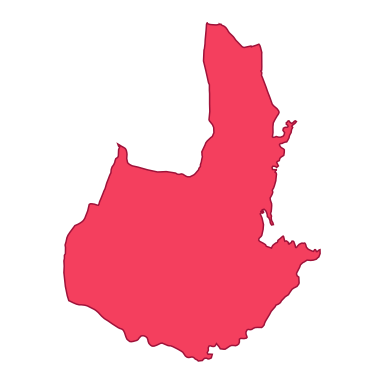 Vera Cruz, Dili, East Timor (Robinson projection)
{"feature_id": "22284137B41604792993839", "entity_name": "Vera Cruz", "entity_type": "district", "adm_level": 2, "iso_a3": "TLS", "parent_name": "East Timor", "parent_adm1": "Dili", "projection": "robinson", "projection_center": [125.57, -8.588], "detail": "fine", "context": "isolated", "style": "filled", "palette": "rose", "viewbox_px": 384, "rotation_deg": 0, "n_neighbors": 0, "source": "geoboundaries", "source_scale": "gbopen_adm2", "svg_char_len": 6025}
<svg xmlns="http://www.w3.org/2000/svg" viewBox="0 0 384 384"><path d="M276.0,178.7L276.5,174.1L276.1,172.9L275.1,172.3L275.4,170.9L276.3,170.3L276.3,169.6L275.2,169.7L272.5,169.5L272.0,167.4L272.9,166.2L275.2,166.4L276.7,167.4L278.4,165.9L276.7,162.5L277.3,161.5L279.3,160.6L279.8,158.4L281.3,156.9L282.7,156.1L283.8,155.3L284.3,152.1L284.3,149.8L283.6,149.0L280.9,147.4L279.6,145.4L279.5,144.4L280.4,143.6L282.2,143.4L283.7,142.6L285.3,142.1L286.7,141.9L288.0,139.8L289.0,137.8L289.4,135.9L290.0,134.5L291.1,132.6L291.6,129.5L292.7,127.5L291.8,126.2L292.9,124.9L294.7,123.6L295.7,122.6L296.4,121.5L295.2,120.8L294.3,121.3L292.8,122.8L291.6,123.4L290.0,122.3L288.9,120.8L288.0,121.0L287.0,122.3L286.3,122.7L286.3,124.3L287.6,125.1L288.1,126.4L287.6,127.1L286.7,127.3L285.1,127.3L283.4,128.2L282.9,130.2L283.7,131.5L284.6,132.5L284.1,134.8L283.1,136.2L280.6,137.2L278.6,137.2L276.1,136.5L275.3,137.0L274.0,137.3L273.0,137.3L272.4,136.8L273.0,132.6L272.9,126.9L273.3,122.9L275.0,119.5L277.2,115.8L278.2,114.4L279.0,112.7L279.0,112.0L278.6,110.9L277.1,108.8L273.5,105.7L272.2,104.1L269.9,97.6L267.5,91.4L266.1,87.3L262.2,77.0L261.6,75.7L261.5,75.3L261.8,73.1L261.6,72.0L261.2,71.8L261.1,71.6L260.9,71.1L260.9,70.8L261.7,70.2L261.8,66.6L261.7,54.2L261.8,52.5L260.5,47.4L259.8,45.4L258.9,44.2L255.8,45.4L251.3,46.8L251.0,46.0L244.1,47.5L242.8,47.1L242.1,46.7L235.9,40.3L234.0,37.6L233.3,36.7L229.8,33.3L229.0,32.5L228.7,31.9L228.0,30.9L227.2,29.4L226.4,28.5L226.0,27.8L225.4,27.2L224.3,26.4L223.7,26.0L222.6,25.6L221.7,25.1L221.2,24.7L221.1,24.3L220.7,24.2L220.3,24.2L219.8,24.4L219.6,24.4L219.2,24.0L219.1,24.4L216.8,24.9L215.2,24.9L211.0,24.6L209.6,24.4L207.9,23.8L207.2,23.3L207.2,23.0L206.9,23.1L206.5,24.3L206.1,30.2L205.2,39.9L205.0,43.9L204.4,48.8L204.0,50.0L203.5,61.0L205.8,70.5L208.5,82.7L209.4,84.7L209.4,90.3L209.6,93.7L209.6,103.9L209.8,111.5L209.0,119.7L209.4,120.8L212.5,124.7L213.7,127.5L213.9,132.7L212.3,136.5L210.9,137.5L207.2,141.0L205.8,142.9L205.1,144.8L201.8,151.9L202.0,153.5L202.0,154.9L202.4,156.7L201.7,159.6L201.3,162.0L200.4,164.7L200.4,166.5L199.0,168.2L198.6,169.7L195.2,173.7L193.8,174.9L190.0,176.8L187.5,176.8L185.8,176.1L182.8,174.2L181.3,173.9L179.2,174.4L177.4,174.2L175.6,173.1L172.8,172.6L166.3,171.6L157.6,172.0L147.4,169.8L137.9,167.1L132.1,165.8L129.6,164.5L128.6,163.7L127.6,162.7L126.7,158.6L127.0,154.4L126.8,152.6L126.4,150.7L125.8,149.3L125.1,148.4L123.6,147.4L121.4,146.2L117.8,144.0L118.6,146.2L119.6,146.8L119.5,147.4L118.6,149.6L118.3,156.4L117.5,157.5L115.8,158.7L115.1,160.6L114.7,162.5L113.7,164.7L112.1,166.9L111.2,169.5L110.9,172.8L109.7,175.3L108.5,178.5L106.7,183.1L105.1,188.6L103.7,191.5L103.4,192.5L100.9,198.7L99.6,201.7L98.9,204.3L98.3,205.3L97.1,205.1L94.5,204.2L91.8,203.8L90.3,203.8L89.2,204.5L87.7,210.9L84.8,218.3L83.4,220.5L81.7,222.0L79.9,223.2L77.9,224.3L74.9,225.6L70.0,232.2L68.0,235.2L66.9,237.8L66.1,241.6L65.1,245.0L65.5,247.5L65.4,253.7L64.4,255.3L64.4,258.5L63.9,260.9L64.2,266.3L63.9,272.6L65.4,286.5L67.3,295.8L68.8,300.6L73.3,302.8L76.4,304.1L79.2,304.8L81.5,304.8L84.9,305.2L87.4,305.9L94.5,309.5L96.1,310.6L98.3,312.5L101.6,316.1L104.4,318.6L108.1,320.9L112.7,324.1L115.8,326.1L118.3,327.7L120.0,328.5L121.4,328.9L122.7,329.6L123.7,330.9L124.6,332.8L125.9,336.8L126.9,339.1L128.2,340.3L129.8,341.5L131.2,341.7L133.2,341.4L136.8,340.4L138.1,339.5L139.3,337.8L141.2,335.9L143.0,335.7L144.5,336.0L146.0,336.8L147.1,337.8L147.8,339.6L148.2,341.6L149.0,343.5L150.6,345.2L152.1,346.1L154.1,346.1L156.7,345.2L160.6,343.3L162.2,343.1L167.8,345.5L169.4,345.8L170.7,345.8L172.8,346.6L176.2,348.3L178.3,349.4L181.2,351.1L182.8,352.2L185.4,356.0L186.9,357.1L188.2,357.5L189.7,357.4L191.4,357.0L192.8,357.1L194.2,357.9L195.2,359.0L197.1,359.9L198.3,361.0L202.4,360.5L203.4,359.3L204.6,358.3L206.7,358.2L208.1,359.0L209.4,358.8L211.3,357.9L212.3,354.3L209.4,354.1L208.1,354.3L207.2,352.7L208.4,350.3L208.2,347.8L209.1,346.0L210.5,345.8L212.1,346.4L213.9,346.5L215.1,345.9L216.5,343.6L219.3,347.1L220.3,348.8L223.7,349.2L225.1,349.2L226.9,348.1L229.8,346.1L231.7,345.4L233.9,345.5L235.6,345.7L237.2,345.1L238.7,343.9L239.4,342.1L239.4,339.2L240.7,338.4L244.1,338.6L246.4,338.1L247.1,337.2L246.0,334.1L246.0,332.0L247.0,330.0L248.1,329.4L250.2,329.7L251.8,329.4L252.9,328.6L255.0,327.6L257.5,327.4L261.6,327.5L262.6,326.8L264.1,325.0L264.6,323.1L265.7,320.8L269.4,314.7L271.2,311.3L275.1,306.8L276.0,305.1L278.4,304.1L280.4,302.6L281.5,300.7L285.3,296.7L288.4,294.7L289.7,292.6L292.0,289.3L293.7,288.1L297.0,286.4L298.7,284.1L299.1,283.0L298.8,277.1L297.2,275.9L296.6,274.4L296.6,273.1L299.6,267.3L300.5,264.8L302.7,262.7L303.6,262.3L307.1,260.1L310.7,260.4L313.4,260.1L316.3,259.2L317.8,257.7L318.8,257.0L320.1,253.6L320.0,249.7L319.4,249.9L319.0,250.1L317.2,251.6L316.4,251.6L316.1,250.8L315.5,249.7L314.6,249.7L313.5,251.4L313.1,251.4L311.3,250.7L308.2,249.2L306.4,247.2L305.7,244.6L305.3,243.8L304.9,243.2L304.2,243.0L303.4,243.4L302.3,243.1L301.5,243.2L300.2,243.8L299.1,244.4L297.3,246.3L296.6,247.4L296.0,247.6L295.5,247.2L295.2,245.5L293.8,241.7L293.0,241.1L291.9,241.2L291.5,242.1L290.8,243.0L290.1,243.1L289.2,244.1L288.5,243.9L288.3,242.5L287.8,241.9L287.0,241.3L286.2,240.9L284.9,241.3L284.5,240.3L283.6,236.6L283.1,236.1L281.5,237.3L280.5,238.3L277.9,240.4L277.8,241.5L277.1,242.5L275.8,243.0L274.3,244.1L272.8,245.4L271.7,247.4L271.5,248.1L266.3,246.3L265.5,244.7L263.4,243.3L259.6,241.3L258.7,240.2L258.9,238.8L259.3,238.1L261.1,236.4L261.8,235.3L263.1,229.4L263.5,224.6L262.0,217.9L260.2,213.9L261.3,212.7L260.9,211.4L261.6,210.9L262.2,211.9L262.4,213.1L263.6,212.5L263.4,211.4L262.9,210.6L262.4,209.7L264.1,209.2L265.6,210.6L266.5,212.3L267.2,214.5L267.4,216.7L268.7,217.7L269.9,220.2L270.3,222.8L271.0,224.2L271.6,225.0L273.4,224.6L272.8,222.6L271.6,220.5L271.2,217.9L271.5,216.1L270.6,213.8L270.8,212.6L271.2,211.6L271.5,208.6L271.7,205.7L271.6,203.7L270.4,200.2L270.1,198.0L271.2,196.1L272.3,193.9L272.8,192.1L272.3,190.4L272.6,189.6L273.5,188.2L274.4,185.7L275.8,180.8L276.0,178.7Z" fill="#f43f5e" stroke="#9f1239" stroke-width="1.5"/></svg>